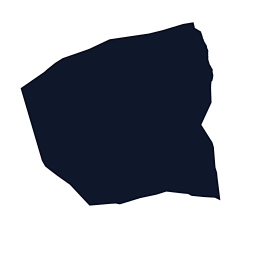 Sevrei, Ömnögovi, Mongolia (Equal Earth projection), rotated 347°
{"feature_id": "93677404B27006203357134", "entity_name": "Sevrei", "entity_type": "district", "adm_level": 2, "iso_a3": "MNG", "parent_name": "Mongolia", "parent_adm1": "Ömnögovi", "projection": "equal_earth", "projection_center": [102.849, 43.72], "detail": "fine", "context": "isolated", "style": "filled", "palette": "ink", "viewbox_px": 256, "rotation_deg": 347, "n_neighbors": 0, "source": "geoboundaries", "source_scale": "gbopen_adm2", "svg_char_len": 1683}
<svg xmlns="http://www.w3.org/2000/svg" viewBox="0 0 256 256"><g transform="rotate(347 128 128)"><path d="M214.4,121.7L217.3,107.0L219.0,101.3L220.6,100.0L220.7,99.0L221.2,98.5L221.5,97.8L221.6,97.4L221.6,97.1L221.7,96.9L221.9,96.6L222.2,96.1L222.2,95.8L222.2,95.3L222.2,94.9L222.3,94.6L222.3,94.3L222.3,94.0L222.3,93.2L222.3,92.3L222.4,91.7L222.5,91.5L222.7,91.0L222.8,90.7L222.9,90.4L222.9,89.9L222.5,89.0L222.3,88.5L222.2,88.2L222.2,87.8L222.1,87.2L222.0,86.8L221.9,86.5L221.6,85.9L221.5,85.4L221.3,84.9L221.1,84.6L221.1,84.1L221.2,83.8L221.1,83.5L221.0,83.1L221.0,82.9L221.0,82.5L221.1,82.1L221.0,81.7L221.0,81.2L220.9,79.8L220.9,79.5L221.0,79.0L221.1,78.5L221.1,78.1L221.2,77.6L221.4,77.1L221.6,76.6L221.7,75.4L221.7,75.0L222.0,74.2L222.1,73.8L222.3,72.3L222.7,71.3L222.9,71.0L222.8,70.7L222.7,70.5L222.8,70.2L222.8,69.8L222.7,69.3L222.6,68.9L222.5,68.5L222.4,68.2L222.4,67.9L222.4,67.6L222.4,67.1L222.5,66.8L222.5,66.5L222.5,66.2L222.5,65.8L222.5,65.5L222.4,65.2L222.3,64.9L222.1,64.4L221.9,64.2L221.9,63.8L221.8,63.2L221.7,62.8L221.5,62.4L221.3,62.0L221.1,61.6L221.1,61.2L221.1,60.8L221.0,60.6L220.9,60.2L220.9,59.3L220.9,58.9L220.5,58.0L220.5,55.9L220.4,53.9L220.1,51.7L220.1,51.0L220.1,50.8L214.9,45.9L214.9,40.4L205.1,39.8L183.5,41.2L169.6,41.4L130.0,38.2L107.8,43.0L80.2,46.0L72.1,48.8L63.1,53.1L59.3,55.2L33.1,65.6L37.5,140.4L39.3,146.4L42.7,150.7L49.1,158.4L59.2,169.7L73.5,194.3L94.1,197.2L99.3,198.1L103.0,199.8L124.3,198.3L140.8,198.6L151.2,197.8L168.3,203.9L171.9,205.0L175.0,207.7L186.8,211.7L197.4,214.8L201.1,217.8L203.4,195.8L204.0,191.6L203.6,186.1L206.6,165.9L206.3,161.2L199.3,141.2L214.4,121.7Z" fill="#0f172a" stroke="#020617" stroke-width="1.5"/></g></svg>